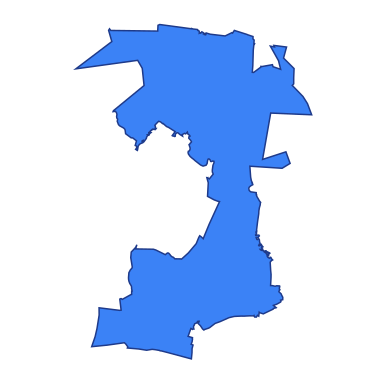 the district of Puente de Ixtla, Morelos, Mexico, rotated 181°
{"feature_id": "50627088B15428140679131", "entity_name": "Puente de Ixtla", "entity_type": "district", "adm_level": 2, "iso_a3": "MEX", "parent_name": "Mexico", "parent_adm1": "Morelos", "projection": "albers", "projection_center": [-99.286, 18.588], "detail": "fine", "context": "isolated", "style": "filled", "palette": "blue", "viewbox_px": 384, "rotation_deg": 181, "n_neighbors": 0, "source": "geoboundaries", "source_scale": "gbopen_adm2", "svg_char_len": 6012}
<svg xmlns="http://www.w3.org/2000/svg" viewBox="0 0 384 384"><g transform="rotate(181 192 192)"><path d="M277.3,353.7L278.2,352.2L274.8,341.0L310.3,313.1L248.6,322.7L243.9,314.8L241.8,297.6L271.9,272.0L272.3,271.0L269.9,271.3L268.8,269.7L268.4,268.1L268.7,266.2L268.5,264.7L267.6,263.6L268.0,261.4L266.7,258.1L265.5,256.9L261.5,254.8L260.2,253.5L259.9,252.4L259.4,249.1L253.8,245.1L252.3,245.1L248.4,242.2L249.6,237.5L248.5,237.1L248.2,236.6L248.0,235.7L248.5,234.5L249.1,233.7L247.4,232.6L247.2,233.0L246.6,236.9L245.8,238.2L244.5,239.4L242.3,240.3L242.9,242.0L242.2,242.6L241.6,242.8L241.7,241.1L241.6,240.9L241.0,241.3L238.6,244.7L238.3,246.1L237.4,247.7L237.3,248.3L237.5,248.5L237.0,248.6L237.0,248.3L236.4,247.9L236.1,248.0L235.7,248.8L235.9,248.8L236.0,249.1L236.1,250.2L236.3,250.3L236.3,250.7L235.6,250.8L235.0,250.5L234.8,250.1L234.6,250.2L233.9,250.8L235.2,251.5L234.4,252.7L233.3,253.0L233.3,253.6L232.5,254.1L232.4,254.0L231.5,254.2L231.2,253.9L230.8,254.1L230.0,253.7L229.4,254.2L228.9,255.0L229.8,255.1L229.8,256.3L229.7,256.6L230.3,258.1L229.9,258.3L229.3,259.3L226.6,262.1L224.7,261.6L222.8,260.0L222.2,259.7L222.0,259.9L218.6,257.0L216.6,256.2L209.9,252.1L212.8,248.0L212.6,247.8L211.1,247.5L209.9,247.0L209.9,246.7L209.5,249.7L208.4,250.8L207.6,251.0L207.1,250.9L205.1,249.3L202.4,247.7L202.8,249.2L200.6,250.5L199.3,250.0L197.7,251.8L197.2,250.0L195.2,248.4L195.0,247.8L195.7,247.6L196.0,247.2L196.2,245.8L195.2,244.6L194.5,244.0L193.4,242.2L193.5,241.9L194.5,240.7L194.8,240.6L194.9,240.1L195.8,239.3L194.8,236.4L194.6,235.2L195.0,233.8L195.9,232.7L196.4,232.6L196.6,231.6L196.6,231.1L196.2,229.8L194.5,227.5L192.0,225.4L191.3,225.0L189.5,223.4L184.6,219.7L183.6,219.0L181.4,218.1L178.4,219.0L177.8,220.0L177.3,221.0L177.1,223.0L176.7,224.6L176.3,225.3L175.4,225.3L174.5,224.5L173.9,222.9L172.9,222.8L172.1,223.3L170.6,223.1L170.5,221.7L171.5,219.1L172.1,214.2L172.0,212.3L171.1,210.3L174.9,205.4L176.5,206.3L176.5,206.6L176.8,206.5L177.4,206.6L175.9,201.5L176.4,187.9L169.7,184.5L166.0,183.2L164.3,182.9L174.4,159.8L180.0,145.5L181.7,147.1L183.5,148.4L184.4,146.8L186.9,140.4L194.6,131.0L201.3,124.7L201.9,124.9L208.1,124.9L208.9,125.9L209.9,126.6L210.6,126.7L212.2,128.0L212.9,129.0L214.0,130.2L215.0,130.7L216.1,130.2L217.6,128.9L227.2,133.4L229.6,134.1L247.4,134.1L246.2,138.3L247.4,135.6L251.7,130.9L252.1,125.3L250.4,115.9L250.7,114.9L252.3,113.0L253.7,110.2L254.0,105.3L253.9,103.6L253.5,101.7L252.7,99.6L251.1,97.1L250.8,96.1L250.7,94.2L250.1,92.0L250.6,91.9L250.6,88.5L251.2,88.4L259.9,83.4L260.6,84.0L261.1,84.2L262.2,83.8L262.3,83.4L260.8,72.6L262.3,72.4L282.9,74.6L282.7,67.3L284.6,53.9L286.3,45.8L289.6,35.6L274.2,37.4L257.0,40.1L255.5,38.8L253.5,36.1L253.9,34.9L242.5,34.1L234.6,33.0L229.1,34.0L226.0,33.7L221.6,33.0L221.1,32.6L220.0,32.6L216.2,31.7L189.7,25.1L189.2,31.3L189.2,35.4L188.3,39.0L190.2,39.7L189.3,42.2L188.9,45.1L189.2,45.5L189.0,46.4L193.4,47.6L190.7,55.6L190.1,55.4L190.1,55.1L189.1,54.6L188.6,55.0L187.7,55.0L188.2,57.0L187.8,58.6L187.4,58.9L187.1,60.2L186.7,60.5L185.5,60.9L184.3,62.2L184.2,62.7L182.7,63.0L182.6,62.4L183.3,61.8L183.8,60.9L181.2,58.4L179.0,55.2L177.7,54.2L177.4,54.6L173.2,56.1L172.0,56.7L166.6,61.0L161.6,62.9L152.8,67.0L147.7,68.3L146.7,68.4L140.7,68.8L137.8,68.8L132.1,69.2L127.9,69.2L127.8,69.4L127.2,68.1L125.4,68.1L124.4,69.8L123.1,69.0L122.7,72.9L122.3,72.5L118.6,71.4L108.8,76.3L108.6,77.0L107.7,77.2L107.3,77.5L106.1,77.6L105.8,77.8L107.5,79.1L108.6,80.1L105.3,81.3L101.5,83.5L101.2,84.0L101.2,84.6L101.5,85.4L99.4,85.9L99.4,88.3L100.8,90.9L101.0,91.6L103.4,93.8L103.0,95.0L102.4,95.8L103.0,96.5L102.8,98.7L102.6,98.8L102.8,99.6L105.8,99.7L107.2,99.2L110.0,99.8L111.8,99.8L111.5,107.6L111.5,110.9L112.0,115.2L112.6,123.2L111.4,124.8L110.2,125.5L111.4,126.7L111.7,127.3L111.9,127.9L112.4,128.1L113.4,127.1L115.1,128.1L115.6,128.9L115.8,130.0L115.4,130.0L114.5,129.7L114.6,130.1L114.1,130.4L114.2,131.1L113.6,131.9L113.1,132.1L113.2,132.4L115.4,133.4L115.5,133.0L115.1,132.8L114.9,131.2L115.8,131.0L116.5,131.4L116.9,132.3L117.8,132.8L117.6,133.2L116.6,133.4L116.9,134.5L117.6,134.5L118.6,133.4L118.9,133.5L119.1,134.4L119.6,134.6L121.6,134.9L122.6,135.5L122.8,135.8L120.8,135.6L120.4,135.6L120.2,136.0L121.5,137.3L121.6,137.7L121.6,138.1L120.8,138.4L120.3,138.2L120.1,138.4L121.2,139.6L121.8,140.8L122.3,140.5L122.4,140.0L122.6,140.1L123.8,139.3L124.0,139.3L124.4,139.8L124.0,140.4L123.9,140.8L123.1,140.8L123.0,141.0L123.0,142.0L123.3,142.3L123.6,143.5L123.8,145.3L124.5,146.5L125.9,145.5L126.3,145.7L126.9,147.2L126.5,147.1L126.1,147.7L125.5,147.7L124.9,148.1L123.9,149.3L124.3,150.0L124.8,150.1L125.8,150.1L126.4,149.9L127.0,149.5L127.5,149.6L127.6,149.8L127.7,150.2L127.1,150.7L126.7,152.1L127.3,152.4L126.8,153.3L127.1,153.6L126.5,154.2L126.8,154.8L125.9,163.6L124.9,171.3L124.8,174.4L124.3,177.6L123.6,180.2L123.4,182.5L123.2,182.8L124.3,184.1L127.2,188.9L127.4,190.4L127.7,190.4L127.8,192.5L133.3,193.2L134.3,194.0L134.9,194.7L135.3,196.5L135.1,197.3L134.7,198.0L133.5,199.1L131.3,200.4L131.6,201.3L132.2,202.1L131.9,202.3L132.9,204.5L133.6,207.8L134.6,218.8L102.3,217.3L94.4,222.3L98.8,233.8L122.0,225.8L114.7,272.3L73.7,271.3L78.1,282.4L82.7,289.4L93.6,300.3L92.2,301.9L92.3,308.2L92.1,317.2L102.8,327.5L100.0,338.6L112.7,340.0L112.1,338.5L116.2,339.2L107.8,324.8L105.5,316.2L113.2,318.7L113.8,320.7L124.1,318.7L125.3,318.8L125.3,318.1L132.5,312.6L133.8,312.7L133.4,319.3L133.2,334.9L132.7,340.6L132.3,340.6L132.0,341.5L132.7,341.7L132.5,345.0L133.7,346.1L133.7,348.5L139.1,350.2L139.7,350.5L152.5,354.3L154.2,351.6L154.9,352.0L161.6,348.6L176.6,350.1L180.7,351.3L181.1,350.8L180.9,350.5L181.2,350.4L181.0,349.6L181.1,349.4L182.1,349.6L182.0,349.9L183.3,350.3L182.8,351.0L183.0,351.2L184.0,351.7L184.2,352.0L185.0,352.3L186.0,351.0L186.5,351.3L186.6,351.1L187.1,351.1L187.5,350.9L187.4,351.6L187.6,352.7L187.8,353.0L187.9,353.3L188.9,353.6L188.8,353.9L189.5,354.6L193.8,355.0L195.4,355.5L195.5,355.2L227.2,358.9L228.9,358.1L229.1,352.3L276.1,352.1L277.3,353.7Z" fill="#3b82f6" stroke="#1e3a8a" stroke-width="1.5"/></g></svg>